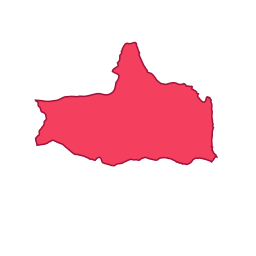 La, Oudômxai, Laos, rotated 145°
{"feature_id": "54806243B9832797211716", "entity_name": "La", "entity_type": "district", "adm_level": 2, "iso_a3": "LAO", "parent_name": "Laos", "parent_adm1": "Oudômxai", "projection": "albers", "projection_center": [102.094, 20.932], "detail": "fine", "context": "isolated", "style": "filled", "palette": "rose", "viewbox_px": 256, "rotation_deg": 145, "n_neighbors": 0, "source": "geoboundaries", "source_scale": "gbopen_adm2", "svg_char_len": 5652}
<svg xmlns="http://www.w3.org/2000/svg" viewBox="0 0 256 256"><g transform="rotate(145 128 128)"><path d="M71.9,53.3L71.7,54.3L71.7,55.0L71.5,55.3L71.8,55.7L71.7,56.1L71.9,56.5L71.8,56.9L72.0,57.4L72.2,57.8L72.1,58.7L71.9,59.0L72.0,59.7L71.9,60.6L71.7,60.8L71.6,61.0L71.9,61.7L71.8,62.0L71.2,62.3L70.9,62.9L70.6,63.1L70.4,63.3L70.1,63.4L69.8,63.7L69.6,64.0L69.9,64.4L70.0,64.6L70.3,65.1L70.0,65.3L69.5,65.3L69.2,65.7L68.9,65.9L67.7,68.1L66.8,69.5L65.6,71.1L63.7,73.0L62.4,74.8L61.7,75.8L61.0,76.8L59.8,77.7L59.1,78.4L58.0,79.1L57.6,79.5L57.7,80.0L57.8,80.5L57.6,81.0L57.1,81.6L56.3,82.0L56.1,82.3L56.0,82.7L55.9,83.4L55.7,83.8L55.2,85.0L54.8,85.1L54.2,86.4L53.1,88.8L51.1,91.4L49.7,93.0L48.8,95.4L48.3,95.8L47.7,96.8L46.4,98.2L45.6,99.7L45.5,100.3L45.4,101.0L44.9,102.2L44.5,102.8L43.8,103.1L44.0,105.3L43.6,105.8L43.6,106.0L43.8,106.2L44.1,106.1L44.8,106.7L44.8,106.8L44.6,107.3L44.7,107.7L45.0,107.9L45.4,108.0L45.6,108.1L46.4,107.8L47.7,106.7L48.0,106.5L48.5,106.0L48.9,105.8L49.7,105.4L50.1,105.4L50.9,105.6L51.3,105.8L52.0,107.1L52.4,108.1L52.6,109.7L52.7,111.5L52.8,112.1L52.8,112.9L52.8,113.8L52.6,114.3L52.5,114.5L52.0,115.0L51.8,115.0L51.0,115.3L50.7,115.5L51.0,116.0L51.3,116.4L51.5,116.8L51.6,117.2L51.5,117.5L51.3,118.1L51.2,118.4L51.3,118.8L51.5,119.4L51.6,119.8L51.8,120.2L52.2,121.1L52.4,121.7L52.4,121.8L52.6,122.2L53.2,122.8L53.3,123.1L53.2,123.3L53.1,123.5L52.6,124.2L52.4,124.5L52.1,124.8L51.9,124.8L51.7,125.1L51.8,125.2L51.9,125.4L52.0,125.6L52.3,125.8L52.7,126.0L53.1,126.2L53.4,126.6L53.7,126.9L54.6,127.8L55.0,128.1L55.4,128.4L55.6,128.5L55.8,128.5L56.0,128.7L56.2,128.9L56.2,129.1L56.2,129.4L56.1,129.8L56.1,130.4L56.1,130.7L56.2,131.1L56.3,131.3L56.6,132.0L56.7,132.3L56.8,132.4L57.1,132.4L57.5,132.4L57.9,132.5L58.2,132.6L58.5,132.8L59.1,133.1L59.3,133.2L59.9,133.4L61.0,134.3L61.9,135.4L62.8,137.0L64.1,138.5L65.5,139.5L67.3,140.3L69.4,141.1L70.9,141.6L71.8,142.0L72.9,142.8L74.0,144.0L75.1,145.0L75.6,145.7L76.0,147.1L76.3,147.9L76.6,148.9L76.9,150.4L77.1,151.5L76.9,153.0L77.0,155.2L77.2,157.5L77.7,159.4L79.2,161.3L79.8,162.2L80.1,162.9L79.3,163.8L79.3,164.6L79.3,165.7L79.4,167.4L79.3,167.5L79.2,169.9L78.7,173.0L77.5,179.2L76.9,181.8L75.5,182.8L75.3,183.7L75.1,185.7L74.8,186.9L74.2,187.9L74.0,189.2L73.7,191.1L72.9,191.8L72.8,193.5L73.6,194.3L74.8,194.9L75.6,194.9L76.3,195.2L78.0,195.9L79.1,196.8L80.3,198.1L81.3,198.2L82.4,198.3L84.1,197.6L87.0,196.2L88.3,195.1L89.7,194.4L89.8,193.6L91.0,192.6L92.9,192.2L93.6,191.5L94.5,190.1L96.1,188.3L98.0,187.6L99.3,187.4L99.8,185.7L99.8,185.2L100.2,184.6L101.2,184.4L104.9,184.6L106.6,184.4L107.2,184.1L108.3,183.3L108.0,182.5L107.4,181.4L107.2,180.9L106.7,180.1L106.0,178.9L105.6,178.1L105.3,177.2L105.4,176.6L105.8,175.5L106.4,174.8L107.2,174.3L108.9,173.1L110.2,172.7L111.6,172.2L112.4,171.5L112.7,171.1L113.3,170.5L114.7,169.2L114.9,169.0L115.4,168.5L116.3,167.7L117.4,167.0L118.8,166.5L120.1,166.1L121.7,166.1L123.0,166.2L124.3,166.4L125.5,166.9L127.0,167.8L128.3,168.8L128.9,169.5L129.7,170.4L130.9,171.7L131.4,172.3L132.0,172.8L133.2,173.6L134.2,174.1L135.5,174.7L136.9,175.2L138.1,175.8L139.7,176.3L141.4,177.0L142.5,177.4L145.2,178.7L146.2,179.3L147.3,180.2L148.4,181.0L149.3,181.8L150.1,182.1L150.9,182.4L152.7,183.5L153.2,184.0L154.7,185.2L155.9,186.1L156.7,186.7L158.5,187.7L159.9,188.5L160.7,189.1L162.0,189.7L162.9,190.0L164.2,190.2L165.2,190.4L165.9,190.5L166.5,190.5L167.1,190.6L168.2,190.9L169.0,191.0L169.8,191.3L170.4,191.5L171.3,191.9L174.0,193.3L175.8,194.2L176.4,194.5L177.5,195.2L178.8,196.1L180.0,197.0L181.3,198.1L181.7,198.6L184.2,200.9L187.8,203.8L187.9,203.1L187.7,202.4L187.1,201.5L186.9,200.9L187.0,200.4L188.1,198.9L188.7,197.8L188.8,197.0L188.6,196.4L188.4,195.8L188.3,195.1L189.4,192.1L189.5,191.4L189.4,190.8L189.1,190.1L188.4,189.5L187.6,186.4L188.8,184.1L189.3,182.4L190.8,181.7L192.9,181.3L194.5,179.2L196.1,178.4L198.0,177.9L200.0,177.1L201.9,176.8L203.0,175.8L203.8,174.3L204.8,173.3L206.5,173.3L209.7,172.5L210.7,170.4L211.5,168.0L212.4,166.0L207.0,163.4L205.9,162.7L202.5,161.8L202.4,161.8L200.9,162.0L200.4,161.8L199.7,161.6L197.3,161.4L196.6,161.2L195.8,160.0L193.9,156.7L193.3,155.7L191.8,153.6L190.7,151.7L190.2,149.1L189.8,147.7L189.2,145.5L188.5,142.9L187.8,140.0L187.0,137.5L186.2,136.5L184.8,135.5L183.5,133.9L180.7,130.8L178.6,127.6L177.6,125.7L177.4,124.9L177.3,124.6L176.9,124.3L175.6,123.2L173.6,120.4L170.1,121.0L168.8,120.7L168.1,120.2L167.8,119.6L167.7,118.7L167.9,117.4L168.3,116.3L168.6,115.1L168.6,114.5L168.5,113.8L168.1,113.4L167.4,112.3L165.5,110.1L164.2,108.5L163.0,106.8L161.4,105.3L160.4,104.9L157.9,104.9L157.1,104.6L156.5,104.3L154.5,103.2L153.4,102.8L152.5,102.4L150.3,102.3L148.7,101.8L146.7,101.7L145.1,101.1L144.1,101.1L143.5,100.7L142.9,99.9L141.7,98.7L141.2,98.3L140.5,97.9L140.4,97.9L139.2,97.0L138.6,96.5L138.3,96.0L137.8,95.5L137.5,95.3L136.7,95.0L135.9,95.3L135.5,95.2L134.6,95.2L131.3,94.3L130.6,93.9L130.1,93.4L129.3,92.2L128.6,91.1L126.1,88.3L124.3,86.3L123.8,85.8L122.4,85.0L119.9,85.1L119.3,85.0L118.1,84.6L116.0,83.4L114.2,82.1L113.2,81.1L112.5,80.0L111.4,79.2L110.0,77.2L109.5,76.2L108.0,73.6L107.9,72.4L107.4,72.3L107.2,72.2L107.2,71.9L107.0,71.6L106.7,71.4L106.6,71.1L106.4,70.7L106.2,70.2L106.2,69.9L105.6,69.6L105.3,69.3L104.9,69.1L104.7,68.9L104.5,68.3L104.4,68.1L104.0,68.0L103.9,67.9L103.9,67.6L104.0,67.2L103.7,67.1L102.6,66.5L101.7,65.4L100.9,64.6L100.2,64.2L99.5,64.0L98.3,63.9L97.4,63.7L96.4,63.7L94.5,64.2L93.3,64.7L91.7,64.7L90.2,64.6L88.9,63.8L88.4,63.3L87.7,62.8L86.7,62.5L85.9,61.7L85.1,60.9L82.0,57.3L79.9,54.3L79.2,52.9L78.9,52.2L77.8,52.7L76.4,53.0L73.8,54.0L73.3,54.3L72.8,54.1L72.6,54.0L72.3,53.7L71.9,53.3Z" fill="#f43f5e" stroke="#9f1239" stroke-width="1.5"/></g></svg>